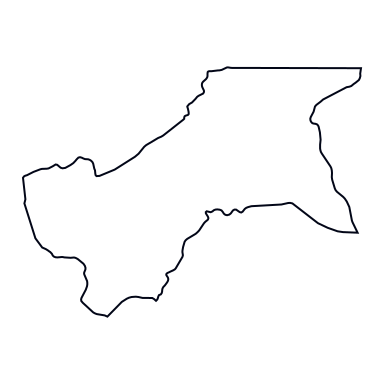 SVG path tracing the border of Moyen-Ogooué
{"feature_id": "GAB-2621", "entity_name": "Moyen-Ogooué", "entity_type": "Province", "adm_level": 1, "iso_a3": "GAB", "parent_name": "Gabon", "parent_adm1": "", "projection": "orthographic", "projection_center": [10.538, -0.51], "detail": "fine", "context": "isolated", "style": "outline", "palette": "ink", "viewbox_px": 384, "rotation_deg": 0, "n_neighbors": 0, "source": "natural_earth", "source_scale": "10m", "svg_char_len": 3190}
<svg xmlns="http://www.w3.org/2000/svg" viewBox="0 0 384 384"><path d="M361.0,68.2L360.2,73.6L360.4,76.0L359.8,78.2L358.9,80.0L355.6,82.7L353.7,84.0L351.3,86.0L349.4,86.7L346.6,87.2L323.1,99.5L320.6,101.7L316.4,104.9L315.0,106.5L313.6,111.7L310.8,117.0L310.3,118.6L310.4,120.1L310.9,121.5L311.5,122.3L312.4,123.2L313.8,123.6L315.4,123.8L316.9,124.3L318.0,125.4L318.6,126.6L319.9,132.3L320.6,139.8L320.1,144.6L320.1,148.5L320.4,150.2L320.9,151.9L321.8,153.5L330.5,166.5L331.3,168.2L331.8,170.4L332.0,173.0L331.8,177.2L332.2,179.8L334.8,188.4L335.7,190.3L337.1,191.9L343.3,197.0L344.8,198.6L346.8,201.6L349.3,207.0L351.9,220.5L352.5,222.2L357.6,232.7L343.0,232.1L337.6,231.3L327.7,227.8L318.0,223.2L292.4,203.4L290.1,202.9L288.2,203.0L281.4,204.5L251.4,206.2L248.1,207.1L246.3,207.8L244.8,208.9L242.6,211.7L241.2,212.5L239.7,212.1L236.1,209.6L234.4,209.6L232.9,210.5L230.8,213.4L229.3,214.6L227.1,215.2L225.3,214.8L223.8,213.6L222.9,212.1L221.5,210.4L219.7,209.7L217.2,209.4L215.4,209.6L213.7,210.3L212.5,211.4L210.7,212.2L206.7,211.3L205.8,212.1L205.9,213.4L207.9,216.6L208.4,218.1L208.0,219.5L206.8,220.6L205.4,221.7L204.0,223.2L199.2,230.4L197.6,232.1L195.7,233.8L187.2,238.9L185.6,240.3L184.6,241.8L183.1,247.0L182.5,250.4L182.4,252.0L182.9,255.2L182.5,256.8L175.7,268.4L174.9,269.3L173.6,270.1L167.4,273.0L166.6,273.7L166.3,274.2L166.3,275.0L167.0,276.2L167.9,277.5L168.3,279.1L168.0,280.7L167.1,282.4L164.8,285.5L163.4,286.9L162.5,288.5L162.2,290.0L162.1,291.6L161.7,293.1L160.8,294.4L159.0,295.1L158.3,296.5L157.9,298.0L157.3,299.5L156.0,300.8L154.1,299.1L152.3,298.0L142.4,297.9L138.4,297.0L135.8,296.7L131.6,297.0L129.0,297.7L126.8,298.7L121.8,301.9L107.4,316.6L104.7,315.4L96.9,314.1L96.0,313.8L94.6,313.2L93.1,312.3L82.8,302.8L81.3,301.0L81.1,299.4L81.5,297.9L85.8,289.7L87.0,286.3L87.3,284.5L87.3,282.8L87.1,281.1L84.3,274.5L84.1,273.6L84.2,272.5L85.4,269.5L85.5,267.9L84.9,265.9L83.5,263.8L77.7,259.0L75.6,257.9L74.0,257.5L70.7,257.8L64.4,257.4L63.0,257.1L62.0,257.0L57.5,257.4L55.8,257.3L54.2,256.8L52.8,255.6L51.9,253.8L50.2,252.0L49.5,251.6L47.9,250.4L45.8,249.1L42.2,247.5L35.4,238.3L24.4,203.4L25.4,199.3L23.0,177.8L24.0,176.4L25.3,175.7L27.0,175.2L33.5,171.9L40.3,169.3L41.9,168.9L46.9,168.7L48.6,168.4L52.7,166.3L55.6,164.5L57.2,164.8L60.6,167.7L62.5,168.3L65.3,167.9L70.4,165.1L73.3,163.1L75.4,160.9L76.7,159.3L78.4,157.6L80.0,157.2L81.8,157.7L83.4,158.5L85.0,159.1L88.2,159.3L89.8,159.9L91.2,160.8L92.5,162.2L93.2,163.7L94.3,168.7L95.0,170.3L95.3,173.6L95.6,175.1L96.5,176.1L99.5,175.9L114.7,169.6L134.9,156.8L138.6,153.7L144.2,146.8L146.2,145.1L158.1,138.0L161.2,136.7L163.2,135.5L183.4,119.6L184.2,118.8L184.2,118.0L184.3,117.1L184.7,116.2L185.8,115.6L187.2,115.2L188.0,114.9L188.6,114.2L188.7,113.5L188.6,111.9L187.9,108.6L187.3,106.8L187.3,106.4L189.2,104.1L192.0,102.5L195.4,99.0L197.2,96.8L198.6,95.8L203.2,93.5L204.0,91.9L203.9,90.5L202.4,87.4L202.0,86.2L201.9,85.6L201.9,84.2L202.0,83.7L202.1,83.2L202.7,82.2L203.1,81.7L206.0,79.1L206.6,78.3L207.2,77.3L207.5,76.1L207.5,73.7L207.7,72.1L208.1,71.6L209.1,71.2L211.5,71.2L218.1,70.4L219.2,70.4L221.7,69.9L226.8,67.5L227.4,67.4L228.1,67.4L231.2,67.9L361.0,68.2Z" fill="none" stroke="#020617" stroke-width="2"/></svg>